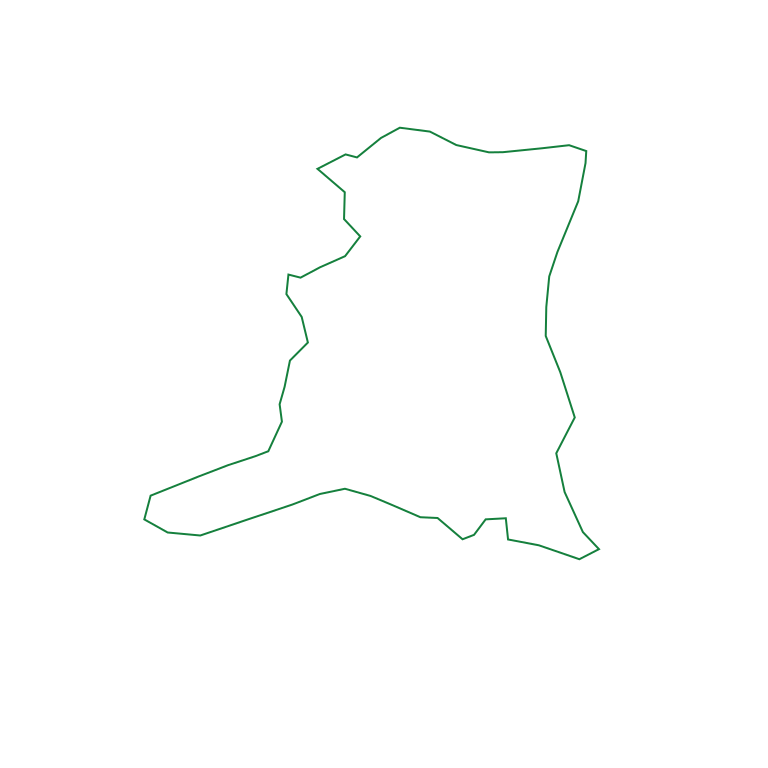 Kissousa, Limassol, Cyprus (Mercator projection), rotated 159°
{"feature_id": "46923920B24098617372182", "entity_name": "Kissousa", "entity_type": "district", "adm_level": 2, "iso_a3": "CYP", "parent_name": "Cyprus", "parent_adm1": "Limassol", "projection": "mercator", "projection_center": [32.799, 34.807], "detail": "fine", "context": "isolated", "style": "outline", "palette": "green", "viewbox_px": 768, "rotation_deg": 159, "n_neighbors": 0, "source": "geoboundaries", "source_scale": "gbopen_adm2", "svg_char_len": 934}
<svg xmlns="http://www.w3.org/2000/svg" viewBox="0 0 768 768"><g transform="rotate(159 384 384)"><path d="M111.7,529.0L125.6,540.6L152.2,547.5L189.9,557.8L202.9,562.6L230.9,581.2L250.7,603.2L277.4,617.6L298.6,614.8L328.0,605.2L337.6,612.1L369.0,608.7L351.9,577.1L362.2,552.3L353.3,530.3L374.5,517.3L401.9,515.9L423.8,513.2L434.0,520.4L442.9,502.9L436.8,476.1L440.2,450.0L463.4,439.6L477.8,417.0L488.7,402.5L492.8,385.4L516.1,362.7L529.8,362.7L558.5,364.1L590.0,364.1L641.9,363.4L656.3,343.5L653.9,340.6L639.2,322.9L609.8,308.4L560.5,306.4L512.7,304.3L483.3,304.3L458.0,300.2L436.8,284.4L421.0,269.3L397.8,246.6L382.0,239.7L366.3,210.9L354.0,210.9L337.6,221.2L318.4,215.0L323.9,194.4L297.2,177.9L264.4,150.4L263.5,150.5L242.5,152.8L251.4,174.5L254.1,218.4L248.0,257.6L217.9,284.4L215.2,331.8L215.8,370.9L204.9,397.7L191.2,425.2L174.8,445.1L137.2,485.0L116.7,518.0L111.7,529.0Z" fill="none" stroke="#15803d" stroke-width="2"/></g></svg>